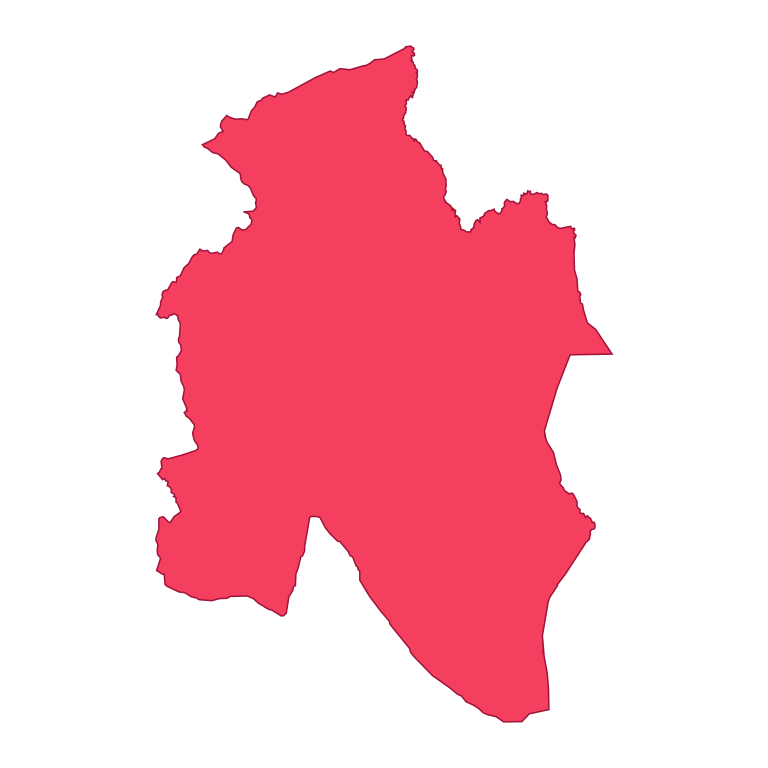 outline of Poso, Sulawesi Tengah, Indonesia
{"feature_id": "22746128B71918225941207", "entity_name": "Poso", "entity_type": "district", "adm_level": 2, "iso_a3": "IDN", "parent_name": "Indonesia", "parent_adm1": "Sulawesi Tengah", "projection": "robinson", "projection_center": [120.54, -1.674], "detail": "fine", "context": "isolated", "style": "filled", "palette": "rose", "viewbox_px": 768, "rotation_deg": 0, "n_neighbors": 0, "source": "geoboundaries", "source_scale": "gbopen_adm2", "svg_char_len": 6073}
<svg xmlns="http://www.w3.org/2000/svg" viewBox="0 0 768 768"><path d="M548.9,709.6L548.5,688.6L547.1,672.3L543.3,651.9L543.8,652.5L542.4,635.6L548.2,601.8L549.7,597.5L557.5,585.6L557.1,584.9L565.3,574.2L586.0,542.4L589.3,539.5L590.5,533.2L590.1,531.2L592.0,529.4L594.5,528.7L595.1,526.2L594.4,522.4L592.3,522.3L590.5,518.3L588.6,517.3L587.8,515.9L586.6,516.2L585.8,517.6L583.5,513.4L582.2,513.7L580.0,512.6L579.9,509.3L578.1,508.2L577.0,506.0L577.0,501.4L573.3,494.1L571.7,493.1L568.4,493.9L568.0,492.9L564.2,490.4L563.4,487.9L560.3,484.6L559.7,483.0L561.1,479.9L560.5,474.9L556.4,464.5L553.5,452.5L547.4,442.9L544.8,436.0L545.4,436.3L544.4,430.9L557.0,388.5L570.1,354.8L612.1,354.1L595.7,329.5L587.4,322.9L583.5,310.0L582.5,304.2L580.5,302.8L579.8,296.6L580.8,294.2L579.9,293.8L579.8,292.1L578.4,292.1L577.8,290.5L577.0,278.9L574.5,270.1L574.0,253.4L574.9,244.9L574.1,237.4L575.3,237.7L576.0,235.2L573.6,233.0L573.5,231.1L574.1,230.7L573.5,229.3L574.7,229.5L574.5,228.3L571.6,228.6L570.5,226.3L560.6,228.4L557.7,227.6L554.8,224.6L552.3,224.5L549.1,222.1L546.2,216.6L547.3,214.4L547.2,212.3L546.4,209.1L546.7,205.4L545.8,203.9L546.3,202.3L545.7,201.9L546.5,201.9L546.7,200.9L547.9,200.8L547.9,195.3L546.1,193.9L543.5,194.6L541.2,193.3L539.3,193.7L536.8,192.5L534.4,194.0L531.6,194.2L530.4,193.5L530.4,191.3L529.2,191.7L527.8,190.8L526.8,193.9L523.7,193.2L524.2,195.2L521.1,195.2L521.4,197.5L520.4,199.0L520.5,201.0L518.6,203.7L516.9,203.6L513.4,201.4L510.0,201.6L507.0,199.4L505.0,201.4L504.2,203.2L504.7,205.4L503.3,207.9L501.9,208.8L501.8,211.2L499.3,214.1L495.1,211.6L494.1,209.1L491.2,210.5L488.5,210.7L484.9,213.2L483.4,216.4L479.9,218.0L480.1,222.3L477.6,219.7L476.1,220.3L474.1,224.1L473.6,227.6L470.8,230.0L470.9,231.6L470.4,232.0L466.2,231.8L464.2,230.2L460.8,229.3L460.6,226.7L459.3,223.4L459.8,219.8L459.1,219.5L459.6,218.7L456.6,215.6L456.2,215.6L455.5,216.7L455.2,216.7L455.7,216.0L455.0,213.9L455.6,210.5L453.7,209.4L453.6,210.4L453.3,210.6L453.2,208.8L452.0,209.2L452.4,208.1L451.5,208.0L450.7,205.8L445.3,201.9L445.6,201.5L443.9,198.5L443.4,196.9L444.8,195.5L446.3,191.7L445.4,190.0L446.1,186.0L445.9,178.9L442.9,173.1L442.5,169.4L441.9,169.2L442.4,168.7L441.0,167.5L441.1,165.3L439.0,164.7L437.9,162.9L436.4,162.0L436.5,160.8L433.6,160.5L432.8,157.5L427.5,151.5L424.4,150.9L419.6,142.7L418.2,142.5L416.0,139.6L414.8,140.4L415.2,139.3L414.1,139.7L414.3,139.1L412.2,138.3L409.8,135.4L407.1,135.5L405.9,134.4L406.1,130.9L404.9,128.8L405.5,125.9L404.2,124.1L404.0,121.3L402.6,120.5L403.0,118.6L403.8,117.9L402.4,118.8L403.7,118.0L403.4,116.5L405.7,112.5L406.3,108.0L405.0,105.6L406.4,103.8L406.0,100.3L408.3,100.0L409.2,97.4L410.5,96.3L412.5,97.6L412.6,96.2L412.1,96.5L411.5,96.5L411.2,96.3L411.0,95.9L412.6,96.2L413.5,93.5L412.5,92.4L414.1,92.7L415.0,89.5L414.5,89.4L416.6,87.6L417.5,81.8L416.3,79.2L417.5,77.3L417.0,76.0L417.5,74.5L416.5,72.9L417.4,72.4L417.4,70.1L415.1,68.0L415.0,65.7L413.3,63.9L413.2,62.2L411.4,61.2L412.2,60.0L411.2,59.4L411.8,57.7L411.4,55.9L412.5,55.4L413.7,56.0L414.6,55.3L414.3,53.2L412.1,51.9L413.9,49.4L413.7,48.1L411.6,47.1L411.1,46.1L405.7,46.8L404.2,48.7L384.2,58.9L374.5,59.8L369.6,63.6L364.5,66.1L363.9,65.6L350.1,69.7L339.9,68.7L333.5,72.5L330.2,71.0L315.1,77.7L288.5,92.2L281.8,94.2L277.6,92.9L275.2,97.1L269.7,94.9L262.4,98.3L261.6,100.0L257.3,101.8L254.3,107.7L251.4,110.7L248.2,119.0L247.0,119.7L241.6,118.8L235.4,119.2L229.7,117.3L226.8,115.5L221.8,121.0L220.8,124.1L220.4,126.8L223.1,131.3L218.5,133.3L214.7,138.8L202.4,144.7L204.5,147.1L207.8,148.5L212.7,152.6L218.1,153.9L225.9,160.3L231.2,167.2L240.2,173.7L240.9,179.2L241.9,181.9L244.3,184.0L247.7,185.3L250.3,188.1L253.5,195.6L256.1,198.6L256.4,200.3L255.5,202.4L256.4,207.6L253.2,211.1L244.3,211.9L245.0,212.6L247.5,213.0L249.4,214.9L249.8,217.7L251.7,219.4L251.9,220.5L250.9,224.5L245.3,229.9L241.8,229.8L238.3,227.4L236.3,228.1L233.2,234.6L232.0,241.6L224.0,247.8L223.4,250.4L221.4,253.8L220.1,254.0L217.4,252.2L211.5,253.4L209.2,252.3L207.6,250.4L202.9,251.1L199.9,249.1L196.6,254.2L194.1,254.8L192.4,256.6L188.6,263.7L184.1,267.6L180.3,275.8L176.7,277.6L176.4,282.5L173.3,281.6L171.9,282.3L167.8,289.7L164.0,290.8L162.8,292.1L162.1,294.5L162.6,297.9L160.7,301.4L160.4,305.8L156.5,314.1L156.4,314.7L157.8,314.0L158.5,316.2L160.4,318.0L164.2,317.3L166.6,318.5L168.0,317.8L169.3,315.4L172.3,314.9L173.4,313.7L174.9,314.1L177.5,315.8L178.3,319.7L179.9,322.6L180.3,324.9L179.5,335.9L178.4,339.5L178.7,342.3L180.7,344.9L181.4,350.6L178.3,355.9L176.6,357.2L177.1,364.6L176.1,370.3L180.3,374.4L181.1,381.3L183.6,386.3L184.4,389.6L182.7,398.9L186.7,408.2L186.4,410.4L186.9,410.8L184.2,412.5L186.5,416.4L189.1,418.1L194.1,424.5L194.5,426.4L192.6,433.4L194.2,440.1L197.8,445.7L198.1,448.0L197.8,449.1L195.2,450.7L181.9,455.1L168.4,458.8L163.7,457.7L161.9,459.4L161.1,461.3L162.0,468.7L161.0,468.8L159.4,472.1L157.5,473.6L162.6,479.7L164.8,478.4L165.6,480.8L168.1,481.6L167.3,485.8L169.7,486.9L171.5,489.7L171.1,492.4L174.5,494.5L174.6,495.9L173.6,496.4L176.0,498.0L176.0,502.2L177.2,503.0L180.8,511.0L180.0,512.4L174.0,516.7L170.1,522.6L168.1,521.8L163.5,516.8L160.0,517.5L158.8,518.9L158.9,529.2L156.2,537.3L155.9,540.2L157.9,544.7L157.2,549.8L157.6,554.4L160.6,558.2L156.6,570.5L162.7,574.3L164.2,574.3L165.1,584.5L167.4,586.5L179.2,592.0L184.6,592.6L191.1,596.7L196.6,598.1L198.9,599.6L211.8,600.7L219.3,598.6L227.1,598.3L230.2,596.4L247.2,596.0L253.4,598.6L258.3,603.1L268.6,609.3L271.8,610.1L281.2,615.9L283.7,615.7L286.3,613.0L288.8,597.0L292.8,590.4L293.4,586.8L295.4,585.5L295.9,574.0L298.1,568.1L300.8,556.9L302.5,555.8L304.6,551.2L304.7,546.3L309.6,517.8L310.7,516.4L317.3,516.6L320.0,517.6L325.4,527.9L330.0,533.7L337.5,541.1L339.9,541.6L348.1,551.4L350.2,555.8L352.7,556.9L356.1,565.8L357.6,567.0L358.2,569.6L359.8,571.4L359.8,580.3L369.8,596.7L381.4,612.0L389.3,621.1L389.8,623.7L391.2,625.8L409.6,648.5L410.6,652.3L413.9,656.5L432.8,675.9L449.5,687.6L457.2,694.0L461.5,696.0L466.1,701.8L473.4,705.1L478.8,708.6L483.0,712.6L487.4,714.6L496.1,716.7L503.7,721.9L521.9,721.6L529.3,713.8L548.9,709.6Z" fill="#f43f5e" stroke="#9f1239" stroke-width="1.5"/></svg>